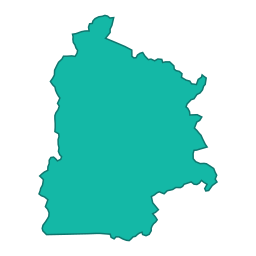 Socorro, São Paulo, Brazil
{"feature_id": "56859067B26049884492789", "entity_name": "Socorro", "entity_type": "district", "adm_level": 2, "iso_a3": "BRA", "parent_name": "Brazil", "parent_adm1": "São Paulo", "projection": "robinson", "projection_center": [-46.516, -22.599], "detail": "fine", "context": "isolated", "style": "filled", "palette": "teal", "viewbox_px": 256, "rotation_deg": 0, "n_neighbors": 0, "source": "geoboundaries", "source_scale": "gbopen_adm2", "svg_char_len": 2655}
<svg xmlns="http://www.w3.org/2000/svg" viewBox="0 0 256 256"><path d="M169.7,61.9L165.4,61.9L162.7,62.5L161.8,59.4L157.8,59.0L154.7,60.8L151.0,59.1L148.3,59.6L144.8,55.9L142.7,52.5L140.0,53.3L137.5,55.0L136.1,57.7L133.8,57.9L131.9,56.3L131.8,50.1L124.9,46.5L115.8,42.6L105.5,38.3L110.1,32.5L110.1,29.1L111.9,25.3L113.7,17.6L109.8,18.0L107.6,16.1L104.9,15.4L102.3,16.3L98.8,16.8L95.1,18.6L93.0,20.9L92.3,23.4L89.6,23.8L88.5,27.1L89.1,30.9L85.0,31.0L81.4,31.7L78.7,32.7L75.8,33.7L72.5,34.2L73.1,36.7L72.9,39.2L73.3,42.4L75.0,45.0L76.0,48.0L77.6,50.3L77.0,53.3L75.1,56.4L71.8,55.9L67.2,56.2L63.5,56.2L61.9,59.1L58.6,62.2L56.9,65.4L54.6,70.2L54.4,75.0L52.7,78.2L50.4,81.5L52.7,84.8L55.0,87.1L55.6,90.3L56.9,93.3L58.4,96.0L59.9,98.0L58.8,100.7L57.5,103.4L59.3,106.1L58.1,109.6L55.9,112.8L54.9,115.6L54.9,119.0L55.2,123.3L55.2,127.5L54.9,131.6L58.7,133.8L59.0,136.5L58.1,139.6L58.2,144.4L59.0,147.8L58.4,151.4L59.8,154.8L61.6,156.7L60.7,159.4L57.4,160.9L55.6,158.8L53.6,157.1L50.9,157.5L49.2,160.2L49.2,163.6L47.9,166.8L47.8,170.3L44.4,172.0L42.2,173.7L39.7,176.0L41.8,178.0L43.4,179.6L43.0,182.4L42.5,185.1L40.7,188.4L40.2,190.8L39.0,193.9L41.3,195.7L44.5,196.9L47.9,199.7L46.8,202.8L45.4,206.7L47.7,209.3L49.1,212.8L48.8,216.4L47.6,218.6L45.6,221.7L43.0,225.2L42.2,228.4L42.9,230.9L46.5,234.6L61.2,234.3L66.2,234.2L88.0,233.7L96.2,233.4L100.1,233.4L110.2,234.2L111.1,237.3L114.1,238.9L116.1,236.8L119.0,236.9L122.9,239.0L126.5,240.3L129.2,240.6L131.2,238.8L133.0,236.9L135.5,236.3L137.4,234.5L139.4,233.1L142.0,232.2L142.6,234.5L146.0,235.7L149.2,234.3L151.2,230.8L151.2,228.2L152.1,225.9L153.5,223.8L155.6,222.0L157.2,219.8L155.5,217.1L152.7,213.7L155.4,212.4L158.4,209.7L152.7,202.8L151.9,199.1L151.4,196.5L154.4,194.9L156.7,193.0L159.2,191.8L164.1,193.8L167.3,190.7L170.2,190.1L172.7,189.5L175.8,187.5L180.5,187.6L182.6,186.4L184.0,184.3L191.2,181.9L194.0,184.2L196.9,184.5L199.3,183.1L201.5,180.4L203.8,182.3L207.1,184.3L204.7,188.6L205.8,191.0L208.7,190.5L212.3,185.5L217.0,182.0L215.2,179.1L216.7,175.2L215.2,172.4L213.7,168.5L206.5,163.8L204.1,163.4L200.1,163.6L195.7,161.7L193.2,158.7L193.1,153.6L194.0,150.3L196.6,150.1L199.8,149.1L207.1,147.0L205.2,144.2L202.6,138.9L201.0,135.3L198.9,133.0L196.9,130.5L194.4,128.1L195.6,125.0L196.8,122.0L199.7,120.4L201.8,117.0L197.2,114.7L189.9,115.0L189.5,111.6L187.8,108.4L186.0,106.9L187.1,103.9L191.1,99.7L194.0,98.8L196.9,94.5L200.1,92.9L202.5,89.8L203.6,86.2L205.2,84.4L206.2,78.0L203.8,76.3L202.1,74.9L201.4,77.3L198.2,79.4L196.4,84.5L191.5,83.8L189.8,81.1L186.1,80.1L181.5,77.4L182.0,73.7L179.3,71.4L176.0,70.6L174.2,69.1L173.9,65.9L169.7,61.9Z" fill="#14b8a6" stroke="#0f766e" stroke-width="1.5"/></svg>